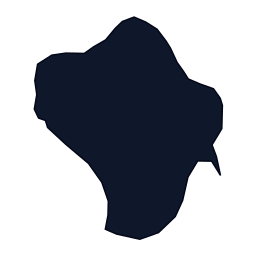 Kosan, Kangwŏn-do, North Korea, rotated 181°
{"feature_id": "82179303B69390699872040", "entity_name": "Kosan", "entity_type": "district", "adm_level": 2, "iso_a3": "PRK", "parent_name": "North Korea", "parent_adm1": "Kangwŏn-do", "projection": "robinson", "projection_center": [127.417, 38.897], "detail": "fine", "context": "isolated", "style": "filled", "palette": "ink", "viewbox_px": 256, "rotation_deg": 181, "n_neighbors": 0, "source": "geoboundaries", "source_scale": "gbopen_adm2", "svg_char_len": 711}
<svg xmlns="http://www.w3.org/2000/svg" viewBox="0 0 256 256"><g transform="rotate(181 128 128)"><path d="M34.7,82.2L39.1,100.9L43.7,112.6L34.2,129.0L34.1,143.0L34.0,152.3L36.3,159.3L43.2,168.7L57.1,173.4L68.6,178.1L73.2,185.1L80.1,194.5L86.9,208.5L91.5,215.6L100.7,227.3L112.3,234.3L123.8,239.0L125.7,238.3L135.5,234.4L142.5,227.4L151.9,215.7L163.6,208.7L173.0,201.8L191.5,201.8L205.5,199.5L219.5,190.2L222.0,173.8L219.8,159.8L222.0,145.2L217.6,136.4L210.7,134.1L208.4,127.1L190.0,110.7L178.5,101.3L166.9,91.9L153.2,73.2L146.4,54.5L146.5,40.4L148.9,26.4L137.4,21.7L114.2,17.0L95.6,24.0L79.2,40.3L72.1,56.6L67.2,80.0L57.8,96.3L43.8,96.3L34.7,82.2Z" fill="#0f172a" stroke="#020617" stroke-width="1.5"/></g></svg>